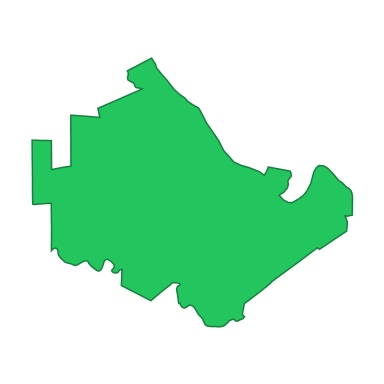 Suraia, Vrancea, Romania (Equal Earth projection), rotated 356°
{"feature_id": "2599482B76936069703024", "entity_name": "Suraia", "entity_type": "district", "adm_level": 2, "iso_a3": "ROU", "parent_name": "Romania", "parent_adm1": "Vrancea", "projection": "equal_earth", "projection_center": [27.376, 45.674], "detail": "fine", "context": "isolated", "style": "filled", "palette": "green", "viewbox_px": 384, "rotation_deg": 356, "n_neighbors": 0, "source": "geoboundaries", "source_scale": "gbopen_adm2", "svg_char_len": 4056}
<svg xmlns="http://www.w3.org/2000/svg" viewBox="0 0 384 384"><g transform="rotate(356 192 192)"><path d="M350.4,226.2L350.3,225.7L350.4,224.3L350.9,218.3L351.3,214.0L351.8,207.2L351.3,203.6L350.9,202.5L350.5,201.5L348.5,199.2L346.0,197.4L342.7,193.5L339.3,190.8L333.1,182.5L329.2,177.9L325.3,175.1L322.8,174.8L320.6,174.4L317.5,176.7L314.9,180.5L311.1,191.7L306.6,199.1L302.5,203.5L300.3,204.8L298.0,206.3L291.6,209.5L287.3,209.3L282.3,205.9L278.7,201.2L283.5,198.7L284.2,198.1L284.8,197.4L285.2,196.6L285.8,196.2L287.1,195.1L287.6,194.1L288.2,192.4L288.6,191.3L288.7,190.5L288.6,189.8L288.4,189.1L288.4,188.5L288.6,187.6L288.9,187.0L289.3,186.2L290.0,185.4L291.0,184.5L291.7,183.7L292.3,182.5L292.0,179.7L291.4,178.0L269.8,172.4L269.4,173.8L268.6,175.1L267.9,176.4L266.6,178.5L265.3,180.4L260.7,176.5L250.5,171.6L242.9,168.9L235.7,164.9L231.2,158.8L226.7,153.2L224.2,147.6L222.6,143.3L218.6,136.5L211.3,124.1L209.3,119.2L207.4,114.9L206.5,112.8L204.5,108.7L202.2,107.2L200.5,106.1L199.6,105.5L197.6,104.1L197.3,103.8L195.9,102.7L194.2,101.4L193.8,100.9L191.3,97.6L187.5,94.6L185.2,92.6L180.9,87.9L174.6,78.4L170.2,72.8L165.3,65.8L164.4,61.8L162.2,57.8L161.1,55.6L136.0,66.6L136.3,67.7L136.7,68.8L136.7,69.3L136.8,69.8L135.6,73.5L135.8,74.7L136.0,75.8L137.2,76.7L139.0,77.9L140.1,78.5L141.0,78.9L141.4,79.3L141.7,79.8L141.8,80.5L142.0,80.8L142.8,83.2L143.6,83.9L144.6,84.2L146.8,84.7L148.9,85.2L149.7,85.7L133.7,91.4L121.7,95.7L106.1,101.2L104.7,101.8L104.0,101.9L105.2,111.2L100.0,110.4L94.8,109.5L87.7,108.5L80.2,107.4L76.5,106.9L75.3,122.7L75.1,127.8L74.4,137.2L73.8,146.6L73.0,157.7L72.2,157.8L71.5,157.9L70.3,158.0L68.3,158.1L67.0,158.3L66.5,158.3L66.2,158.2L65.7,158.2L65.3,158.3L64.8,158.5L64.1,158.6L62.6,158.7L56.6,159.4L53.5,159.8L55.3,131.0L54.9,130.9L53.4,130.8L52.7,130.7L51.1,130.5L50.4,130.4L50.1,130.4L43.8,129.9L43.3,129.8L40.5,129.5L37.1,129.2L36.1,129.1L36.1,129.3L36.0,130.6L35.2,143.7L35.0,146.4L34.4,157.9L34.3,158.8L34.0,163.9L33.6,170.4L32.9,180.0L32.6,186.4L32.2,192.9L32.7,193.4L36.1,193.4L47.2,193.3L50.8,193.4L50.8,194.2L50.3,201.1L50.1,205.1L49.7,211.2L49.5,216.2L48.5,230.0L47.9,237.3L47.8,238.8L47.7,240.8L48.8,239.6L49.9,238.9L50.7,238.6L51.3,238.4L52.0,238.5L52.9,238.9L53.4,239.2L53.8,240.2L54.1,241.5L54.2,242.7L54.2,244.9L54.9,246.3L55.6,247.5L55.7,247.8L56.6,249.1L56.9,249.4L58.3,250.8L59.2,251.9L60.9,253.4L63.8,254.4L66.7,255.4L69.0,256.7L70.5,257.2L72.2,256.8L73.7,256.2L75.5,255.2L78.4,253.9L79.7,253.5L81.3,253.2L82.5,253.4L83.1,254.0L83.8,255.2L84.2,256.2L86.3,259.0L88.7,261.2L91.6,263.7L93.2,264.4L95.0,263.9L96.0,262.8L97.5,260.3L98.9,256.7L99.6,255.1L100.4,254.1L101.3,253.4L102.2,253.3L103.4,253.4L104.6,254.2L106.3,255.5L107.8,257.1L108.7,258.3L109.2,259.8L109.3,261.0L109.0,261.9L107.8,263.2L106.8,264.1L106.5,264.5L106.6,265.3L107.0,266.1L107.8,266.8L108.6,267.1L110.8,267.5L112.0,267.3L112.6,266.9L113.5,265.7L114.9,264.7L116.8,264.3L115.0,280.4L118.3,282.4L139.0,294.9L143.4,297.6L153.5,290.1L159.8,285.8L162.2,284.3L165.5,281.7L166.5,281.1L170.3,281.6L172.1,282.0L172.9,282.3L173.6,283.4L173.0,284.0L171.6,284.9L170.7,285.7L169.9,287.4L169.9,289.1L170.3,292.2L170.5,295.4L170.8,299.4L170.8,300.9L171.1,302.3L172.0,302.1L172.6,303.4L173.5,305.4L174.2,306.2L175.1,306.9L176.1,307.3L177.4,307.0L178.4,306.5L179.7,305.6L180.4,305.2L181.3,304.8L182.5,304.8L184.1,305.5L185.5,306.4L186.5,307.9L187.6,310.0L188.3,311.5L189.8,314.4L190.9,315.8L192.5,317.7L193.8,319.7L194.7,322.2L195.8,325.0L197.4,326.5L198.5,327.0L202.0,327.6L205.3,327.8L209.2,328.4L212.8,328.2L215.2,327.4L218.3,325.0L220.2,323.0L224.2,321.7L225.1,322.3L226.6,323.7L228.0,324.1L229.8,323.3L232.7,322.4L234.4,321.6L235.7,320.0L234.1,318.5L233.9,317.5L234.2,315.1L235.4,311.1L236.3,307.4L237.6,306.1L240.6,304.4L243.2,302.6L251.2,297.4L259.8,291.5L263.9,288.6L264.5,287.6L269.0,284.6L274.4,281.2L293.3,269.3L303.9,262.4L313.1,256.5L315.2,258.0L343.5,241.8L344.3,237.2L344.9,232.7L343.5,228.1L342.9,226.4L343.4,226.3L343.9,226.4L344.6,227.0L344.8,227.0L346.3,226.8L350.4,226.2Z" fill="#22c55e" stroke="#15803d" stroke-width="1.5"/></g></svg>